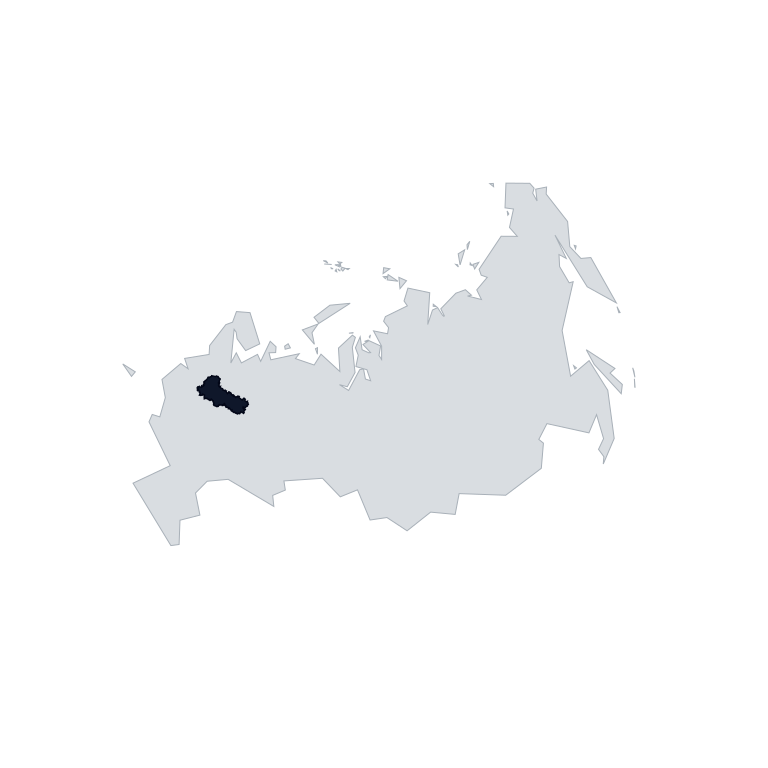 where Vologda sits in Russia, rotated 35°
{"feature_id": "RUS-2359", "entity_name": "Vologda", "entity_type": "Region", "adm_level": 1, "iso_a3": "RUS", "parent_name": "Russia", "parent_adm1": "", "projection": "orthographic", "projection_center": [40.382, 60.042], "detail": "fine", "context": "in_parent", "style": "filled", "palette": "ink", "viewbox_px": 768, "rotation_deg": 35, "n_neighbors": 0, "source": "natural_earth", "source_scale": "10m", "svg_char_len": 9162}
<svg xmlns="http://www.w3.org/2000/svg" viewBox="0 0 768 768"><g transform="rotate(35 384 384)"><path d="M603.8,296.6L609.5,323.8L605.8,317.4L597.2,314.5L595.2,302.8L575.7,287.2L579.9,306.5L540.2,323.0L542.6,340.6L548.5,341.0L561.2,362.8L547.5,405.3L508.4,430.7L517.1,450.0L495.7,462.2L487.1,491.0L463.0,491.7L450.6,503.4L423.0,485.9L412.9,501.5L387.7,496.5L357.6,520.8L364.0,527.5L356.7,539.1L364.0,547.5L311.0,551.5L294.9,565.1L292.1,581.4L308.4,597.0L295.0,612.6L308.2,633.0L302.1,638.6L235.3,609.2L255.7,573.5L213.2,549.8L211.6,541.9L219.2,539.5L212.7,520.6L199.5,507.6L205.8,483.8L214.8,483.9L206.0,477.4L223.8,460.1L219.1,452.5L220.4,426.1L224.5,420.2L221.6,409.3L233.3,402.4L259.2,422.4L251.5,436.0L237.7,431.2L233.1,426.3L229.9,425.2L246.5,454.7L245.1,443.2L255.1,448.5L263.4,432.3L270.0,436.2L266.3,414.3L274.2,415.4L277.2,420.4L271.9,424.4L277.4,429.1L297.2,407.8L296.9,414.0L315.9,408.5L315.3,395.7L340.7,399.1L326.1,380.7L330.1,362.1L333.8,362.2L337.0,372.1L353.7,391.2L355.5,407.3L347.9,410.1L358.7,409.6L355.9,386.2L358.6,383.4L365.9,390.6L371.2,389.0L361.8,382.1L351.0,385.8L346.4,375.2L339.8,370.7L337.4,359.0L346.4,368.5L353.6,367.2L355.0,366.0L344.1,363.7L346.8,357.1L359.4,354.8L363.5,363.5L368.0,365.3L360.4,354.4L344.9,346.5L358.1,340.8L355.4,335.2L347.7,332.8L346.5,328.0L358.3,306.6L352.8,304.5L348.6,291.7L369.1,283.0L385.7,310.2L381.3,295.6L384.1,290.7L392.5,294.1L394.0,294.3L394.4,293.6L387.4,289.8L390.8,268.4L396.6,260.1L404.7,261.1L402.0,264.0L415.4,258.9L406.0,253.7L407.4,237.4L401.2,239.1L396.1,235.5L395.2,195.8L408.5,186.6L397.0,183.8L389.7,166.4L382.1,170.3L368.7,149.5L388.3,136.0L394.6,137.5L396.4,142.4L404.4,146.3L396.5,137.4L404.2,129.4L407.9,135.4L441.2,145.6L457.4,164.9L473.3,168.2L480.9,161.8L527.8,184.3L494.7,187.8L438.7,164.0L461.3,176.6L453.1,177.6L460.5,187.1L477.6,194.9L480.3,191.7L499.2,238.0L532.4,270.6L538.6,247.2L570.9,260.8L603.8,296.6ZM310.0,337.3L295.9,371.7L288.4,369.5L294.5,350.5L310.0,337.3ZM530.0,239.9L564.3,238.8L562.9,245.4L579.5,247.7L583.9,255.9L545.0,247.4L530.0,239.9ZM286.1,386.5L295.6,372.6L295.6,383.3L304.2,391.4L286.1,386.5ZM378.0,242.8L370.1,234.8L373.1,227.8L378.0,242.8ZM324.6,292.0L336.5,291.8L326.9,296.9L324.6,292.0ZM317.0,288.9L322.7,286.3L319.9,294.1L317.0,288.9ZM335.0,288.1L343.2,286.5L342.4,296.7L335.0,288.1ZM375.2,226.1L372.1,222.3L372.4,217.9L375.2,226.1ZM158.5,517.4L173.3,516.7L172.8,522.6L158.5,517.4ZM269.3,318.0L272.6,316.1L266.2,320.0L269.3,318.0ZM388.2,235.0L391.9,230.0L392.3,237.8L388.2,235.0ZM286.6,408.1L283.1,412.2L280.9,410.0L282.4,406.0L286.6,408.1ZM275.4,314.5L278.1,312.4L280.2,313.6L275.4,314.5ZM285.7,311.5L285.5,315.1L282.8,314.6L282.6,312.5L285.7,311.5ZM288.9,311.0L286.2,311.5L289.3,309.3L288.9,311.0ZM308.7,392.4L312.4,397.8L307.6,394.4L308.7,392.4ZM324.8,294.1L324.8,296.9L321.9,296.5L324.8,294.1ZM276.2,310.4L279.7,308.6L279.0,311.1L276.2,310.4ZM358.5,157.0L360.6,159.5L355.7,159.2L358.5,157.0ZM265.9,316.4L268.6,317.1L263.5,317.8L265.9,316.4ZM329.3,360.1L326.1,362.5L329.1,359.7L329.3,360.1ZM378.6,290.4L382.6,290.6L379.7,292.1L378.6,290.4ZM385.6,171.6L388.7,173.1L388.6,174.7L385.6,171.6ZM282.3,316.9L280.1,316.2L283.4,316.4L282.3,316.9ZM279.8,311.0L281.6,312.8L279.0,312.0L279.8,311.0ZM578.4,228.1L581.2,230.0L585.7,234.6L578.4,228.1ZM279.0,317.5L281.0,319.2L279.1,319.4L279.0,317.5ZM346.1,356.7L344.7,359.7L343.9,359.8L346.1,356.7ZM462.2,160.7L463.4,163.5L460.3,161.3L462.2,160.7ZM385.2,235.4L388.1,236.4L386.1,237.0L385.2,235.4ZM528.8,260.2L532.4,260.4L531.8,262.3L528.8,260.2ZM530.5,187.0L536.4,190.1L535.5,190.9L530.5,187.0ZM276.2,318.8L274.7,319.8L274.0,319.2L276.2,318.8ZM344.7,351.5L345.8,354.2L344.9,353.9L344.7,351.5ZM375.9,244.1L377.8,245.5L374.1,244.9L375.9,244.1ZM591.1,242.6L586.1,236.1L591.8,243.0L591.1,242.6Z" fill="#d9dde1" stroke="#a8b0b8" stroke-width="1"/><path d="M246.9,473.8L247.1,474.2L247.0,474.7L247.1,475.1L247.2,475.3L247.2,475.8L247.4,476.1L247.5,476.4L247.6,476.5L247.6,477.0L247.9,477.1L248.1,477.0L248.4,477.2L248.3,477.4L248.3,477.7L248.5,478.1L248.4,478.5L248.5,478.9L249.0,479.0L249.1,478.7L249.3,479.4L249.3,479.9L250.0,480.0L250.2,480.6L250.3,480.7L250.9,480.7L251.1,480.3L251.2,480.2L251.4,480.3L251.5,480.0L251.8,480.6L252.4,481.0L252.5,481.3L252.5,481.1L252.4,480.9L252.9,480.8L253.1,481.0L253.4,480.8L254.3,480.5L254.5,480.6L254.8,480.6L255.4,481.3L255.6,481.3L255.8,481.3L255.9,481.1L256.5,481.1L257.2,480.9L257.4,480.7L257.3,480.4L257.5,480.2L257.8,480.5L258.0,480.7L258.3,480.7L258.5,480.5L258.7,480.4L258.8,480.3L258.9,480.6L259.0,480.8L260.1,481.3L260.8,481.3L260.9,481.2L261.3,481.4L261.3,481.0L261.5,480.1L261.4,479.6L261.5,479.6L262.0,479.2L262.4,479.3L262.5,479.3L262.6,479.6L262.8,479.7L263.1,479.2L263.3,479.1L263.5,479.2L263.8,479.3L263.6,479.5L264.0,479.7L265.6,480.2L265.9,480.0L266.2,480.1L266.2,479.7L266.6,479.4L267.3,479.4L267.6,479.7L267.7,480.1L267.8,480.0L267.9,480.3L268.0,480.4L268.6,479.8L269.0,480.0L270.1,480.1L270.1,479.4L271.0,478.9L270.9,478.8L271.0,478.5L271.1,477.9L271.3,477.8L271.6,477.8L271.8,477.6L272.1,477.5L272.2,477.3L272.4,477.3L272.6,477.3L272.6,478.0L272.9,478.2L273.9,478.4L277.0,478.5L277.3,476.1L277.5,475.9L279.1,476.1L279.1,477.1L279.6,477.4L281.3,477.6L281.4,477.3L281.7,477.2L281.8,477.0L282.0,477.0L282.1,476.7L282.4,477.2L283.1,477.3L283.2,477.9L283.2,478.0L283.8,478.1L284.0,478.3L284.4,478.3L284.6,478.5L284.4,479.4L284.2,479.9L284.5,480.1L284.6,480.4L284.7,480.5L284.4,480.8L284.0,481.2L284.1,481.5L284.0,481.8L283.9,482.2L283.9,482.4L283.9,482.6L283.9,482.8L283.7,483.3L283.2,483.3L282.8,483.4L282.4,483.4L282.1,483.6L281.9,483.6L282.1,483.9L282.3,484.4L282.2,484.6L282.3,484.7L282.7,484.7L282.8,484.7L283.2,485.0L283.5,484.9L283.6,485.0L283.9,484.8L284.2,484.9L284.5,484.4L285.0,484.4L285.0,484.6L284.8,486.7L284.8,487.1L285.0,487.2L285.6,487.4L285.8,487.6L285.8,487.9L285.8,488.6L284.7,488.5L284.3,488.8L282.8,488.7L282.7,489.8L282.8,490.2L282.8,491.1L282.0,491.2L281.9,491.5L281.4,491.6L281.2,492.1L281.2,492.5L280.4,492.7L280.1,492.5L279.9,492.7L279.4,492.7L279.2,492.9L279.0,492.7L278.7,492.7L278.5,492.9L277.5,492.9L277.3,493.0L277.3,493.4L277.1,493.4L274.5,493.4L274.3,493.5L274.0,493.3L273.7,493.2L273.6,492.8L273.4,492.8L272.6,493.0L272.1,492.8L271.8,492.8L271.7,492.6L271.4,492.8L271.0,493.2L270.8,493.4L270.7,493.2L270.8,492.8L270.7,492.7L270.6,492.4L270.0,492.6L270.1,493.0L269.2,492.7L268.8,492.9L268.7,493.2L268.1,493.3L267.9,493.6L267.7,493.5L267.4,493.1L267.1,493.1L267.0,492.9L267.1,492.7L266.8,492.3L265.7,492.5L265.6,492.8L265.1,492.5L265.0,492.3L265.0,491.7L264.4,491.5L264.2,491.9L264.2,492.5L264.1,492.9L264.6,493.0L264.6,493.7L264.4,494.0L264.0,494.1L263.8,494.4L263.6,494.3L263.2,494.1L263.0,494.4L262.2,494.8L262.1,495.0L261.5,495.5L261.2,495.2L260.8,495.4L260.7,495.7L260.7,495.9L261.0,495.9L261.1,496.2L261.0,496.3L260.8,496.4L260.8,496.6L260.6,496.8L261.0,497.4L260.3,498.0L260.2,498.3L259.7,498.5L258.6,498.6L258.4,498.4L258.1,498.6L258.0,498.8L257.8,498.9L257.1,498.9L257.0,499.0L256.4,498.8L256.1,498.5L256.1,497.9L255.8,497.8L255.7,497.4L255.5,497.2L255.0,497.1L254.9,496.7L254.3,496.4L253.9,495.9L253.7,496.2L253.0,495.9L252.7,495.7L252.4,495.8L251.8,495.5L251.5,495.6L251.1,495.5L251.1,495.8L251.0,496.0L251.4,496.4L250.9,496.8L251.0,497.1L250.9,497.3L250.7,497.3L250.6,497.1L249.9,497.2L249.5,496.9L249.4,496.9L249.3,497.2L249.1,497.5L247.2,497.2L247.0,497.4L246.7,498.0L246.2,498.0L245.8,498.0L245.5,498.9L245.3,499.2L244.9,498.7L244.8,498.4L244.5,498.3L244.3,497.9L243.5,496.7L243.5,496.3L243.2,495.9L242.7,496.2L242.0,496.1L241.8,496.3L241.9,496.8L241.8,497.0L241.6,497.1L241.4,496.9L241.4,497.3L241.2,497.3L241.1,497.7L240.8,498.0L240.5,498.1L240.4,498.2L240.5,498.4L240.4,498.5L239.6,498.8L239.6,498.7L239.4,498.5L239.2,498.7L239.1,498.2L239.3,498.0L239.2,497.8L238.9,497.8L238.9,497.5L238.8,497.1L238.3,496.8L238.2,496.6L237.4,496.6L237.3,496.4L237.6,496.3L237.2,495.8L237.0,496.0L236.8,496.0L236.7,495.9L235.8,495.6L235.4,496.0L235.3,496.3L235.2,496.3L235.0,496.0L235.0,495.7L234.6,495.8L234.7,495.2L234.9,494.9L234.7,494.8L234.3,494.9L234.2,494.9L234.3,494.7L234.0,494.7L233.9,494.5L233.4,494.3L233.7,493.8L233.7,493.7L233.4,493.7L233.1,493.6L233.1,493.3L233.4,493.3L233.4,493.0L234.0,492.1L234.1,492.3L234.5,492.1L235.1,492.1L235.4,491.8L236.0,491.8L236.0,491.7L235.8,491.6L235.9,491.4L236.2,491.3L236.3,491.0L236.4,490.8L236.2,490.7L236.1,490.4L235.8,490.3L235.7,490.1L235.9,490.1L236.6,490.3L236.6,490.2L236.4,490.0L236.6,489.8L236.7,488.9L237.1,489.2L237.3,489.0L237.3,488.6L236.6,488.6L236.4,488.4L236.3,487.7L236.4,487.0L236.5,486.8L236.8,486.7L236.6,486.2L235.8,486.1L235.7,485.9L235.3,485.8L235.2,485.7L235.3,485.5L235.6,485.3L235.7,485.0L235.6,484.7L235.6,483.7L236.0,483.2L236.2,482.2L236.3,481.1L236.3,480.5L236.3,480.2L236.2,480.1L236.2,479.9L236.0,479.6L236.0,479.4L236.4,479.0L236.6,478.9L237.2,478.8L237.4,478.7L237.6,478.3L237.5,478.0L237.5,477.8L238.1,477.2L238.4,476.7L238.1,476.1L241.7,474.6L242.2,473.6L242.4,473.4L243.3,473.5L243.9,473.1L244.6,473.6L244.9,473.6L245.0,473.9L246.9,473.8ZM248.1,478.2L248.0,477.9L247.9,477.8L247.8,478.1L248.1,478.2ZM274.9,493.3L275.0,493.2L274.8,492.9L274.7,492.8L274.7,493.1L274.9,493.3Z" fill="#0f172a" stroke="#020617" stroke-width="1.5"/></g></svg>